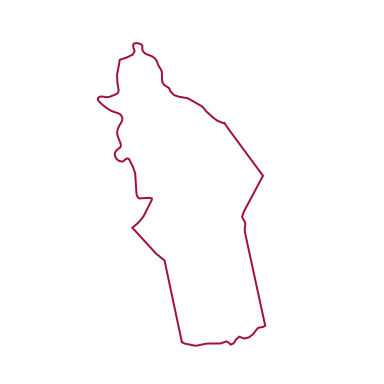 an SVG outline of Rumphi, rotated 78°
{"feature_id": "MWI-1903", "entity_name": "Rumphi", "entity_type": "District", "adm_level": 1, "iso_a3": "MWI", "parent_name": "Malawi", "parent_adm1": "", "projection": "mercator", "projection_center": [33.827, -10.78], "detail": "fine", "context": "isolated", "style": "outline", "palette": "rose", "viewbox_px": 384, "rotation_deg": 78, "n_neighbors": 0, "source": "natural_earth", "source_scale": "10m", "svg_char_len": 1749}
<svg xmlns="http://www.w3.org/2000/svg" viewBox="0 0 384 384"><g transform="rotate(78 192 192)"><path d="M337.5,148.1L338.2,148.3L338.8,150.9L338.6,155.1L339.2,156.5L343.9,162.0L346.0,166.5L346.2,171.3L343.3,176.0L344.7,178.0L345.0,179.0L346.0,180.3L347.4,181.3L348.7,182.9L349.3,185.8L346.6,187.8L345.3,189.6L346.1,195.4L343.3,209.3L343.3,219.1L342.8,221.4L338.8,230.5L336.8,233.1L336.7,233.1L335.7,233.1L253.4,233.1L244.6,240.1L214.5,257.8L211.5,252.0L208.8,248.1L205.6,244.4L191.7,233.2L190.1,232.6L189.3,233.8L188.8,235.3L187.3,245.0L185.5,246.3L182.4,246.7L161.9,243.7L155.2,244.5L147.2,246.6L146.1,247.4L145.7,248.7L146.1,250.1L146.8,251.4L147.4,252.3L147.7,253.4L147.5,254.6L146.8,256.3L145.5,257.8L144.0,258.9L142.2,259.5L140.5,259.8L138.5,259.6L136.5,258.3L135.3,256.7L133.6,253.1L132.3,252.1L130.4,251.7L122.1,253.0L119.7,253.1L117.1,252.5L114.1,250.9L111.8,249.2L109.6,247.0L107.4,245.4L105.2,244.7L102.3,245.3L100.7,246.5L99.5,248.0L96.8,252.7L95.6,254.4L92.3,257.8L88.5,261.1L84.1,264.2L82.1,264.8L80.4,264.3L79.6,262.1L79.9,260.3L80.5,258.4L81.3,256.8L81.7,254.6L81.7,252.5L81.1,248.6L80.2,244.7L79.0,243.4L77.2,242.6L69.9,242.3L61.9,241.0L51.8,236.8L47.7,235.2L47.0,228.5L45.3,221.5L42.2,218.8L39.2,219.2L36.5,219.2L34.7,218.0L34.9,214.8L36.9,210.9L38.9,210.2L41.2,210.8L43.8,210.9L47.0,208.9L51.1,202.7L53.8,200.3L56.7,199.3L62.2,198.3L65.3,197.0L68.3,196.5L75.5,197.9L78.8,198.1L81.7,196.8L85.7,192.8L89.0,192.2L93.4,189.5L95.8,185.6L99.4,176.7L110.0,164.7L112.9,162.8L115.7,161.6L124.2,155.4L127.6,152.3L131.2,146.9L131.1,146.0L137.3,143.5L190.9,119.2L221.8,145.2L226.5,148.1L227.9,148.0L230.6,147.0L232.7,146.5L234.7,146.6L239.5,148.2L242.3,148.6L336.5,148.2L337.5,148.1Z" fill="none" stroke="#9f1239" stroke-width="2"/></g></svg>